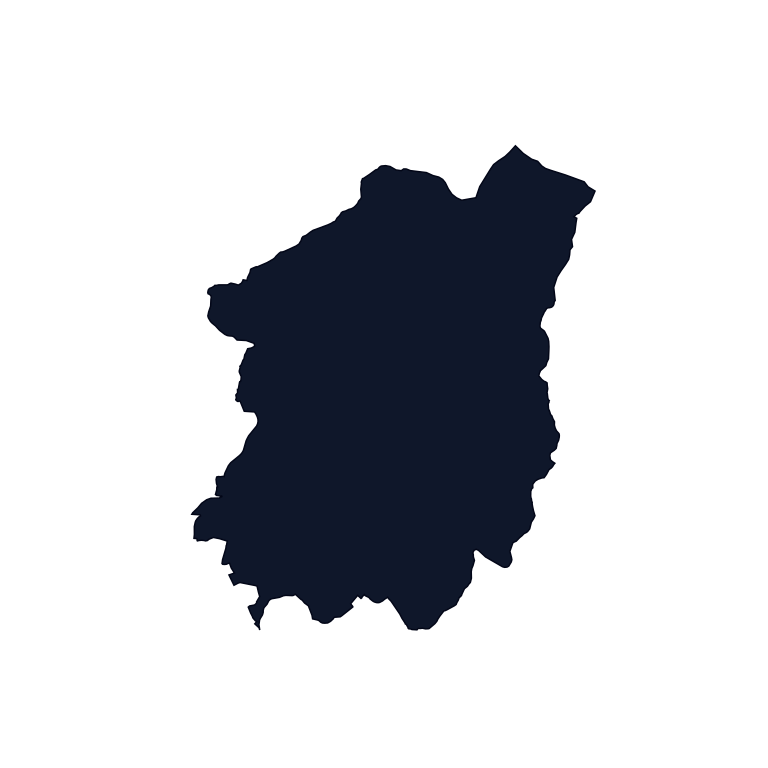 Sarmas, Harghita, Romania (Equal Earth projection), rotated 30°
{"feature_id": "2599482B24569606414351", "entity_name": "Sarmas", "entity_type": "district", "adm_level": 2, "iso_a3": "ROU", "parent_name": "Romania", "parent_adm1": "Harghita", "projection": "equal_earth", "projection_center": [25.467, 46.907], "detail": "fine", "context": "isolated", "style": "filled", "palette": "ink", "viewbox_px": 768, "rotation_deg": 30, "n_neighbors": 0, "source": "geoboundaries", "source_scale": "gbopen_adm2", "svg_char_len": 6170}
<svg xmlns="http://www.w3.org/2000/svg" viewBox="0 0 768 768"><g transform="rotate(30 384 384)"><path d="M399.4,659.2L396.0,654.9L394.3,650.7L394.1,649.0L394.2,645.0L394.0,643.9L393.6,642.3L392.5,640.2L391.9,637.8L392.8,633.2L392.6,629.4L392.9,628.1L394.0,626.2L400.2,621.0L402.8,617.6L404.7,616.1L410.4,613.1L411.2,612.4L412.0,611.1L412.2,610.4L419.5,612.0L421.3,612.1L424.7,613.4L429.4,613.9L437.3,620.3L439.6,623.1L444.5,621.6L446.1,621.4L448.1,621.9L450.1,621.8L452.2,620.8L454.7,619.1L456.4,616.2L457.5,612.5L457.4,611.6L457.7,610.8L462.5,607.5L463.4,605.6L468.5,592.7L468.2,592.3L465.0,591.0L466.9,580.2L471.3,581.2L471.7,580.2L471.5,578.9L472.1,577.3L472.2,576.2L473.7,576.7L477.7,576.4L479.4,577.1L482.8,577.6L484.5,577.6L486.7,577.1L488.3,576.3L489.4,575.4L491.2,572.6L492.2,569.9L493.8,566.8L495.3,567.6L498.8,568.6L509.8,573.9L512.7,575.3L516.7,577.9L521.8,580.5L522.3,581.1L523.6,581.1L526.6,582.9L527.1,583.5L528.1,583.6L529.1,582.9L530.9,582.7L535.5,580.4L535.7,578.8L535.9,578.6L537.8,577.5L539.3,576.3L542.4,575.3L544.7,573.8L545.4,573.1L547.9,566.1L548.4,563.0L548.2,560.7L548.4,557.1L549.3,550.6L550.2,549.8L551.4,548.1L555.8,540.9L556.7,538.9L556.4,536.9L556.4,534.2L555.9,531.3L556.6,529.8L556.8,528.2L556.5,526.8L556.0,521.1L557.4,517.4L557.5,515.1L558.0,512.7L556.8,508.5L553.4,502.9L552.3,500.0L551.9,496.9L550.5,491.5L547.9,489.1L546.3,486.6L545.4,486.1L545.1,483.0L546.5,481.0L549.0,480.8L558.5,483.0L578.0,483.0L580.0,482.5L581.2,481.7L582.2,480.9L583.1,479.3L583.2,474.5L582.6,472.3L581.2,470.6L576.7,466.0L575.0,457.1L575.8,455.7L577.1,454.0L578.3,449.2L579.4,446.3L580.0,443.7L581.7,441.1L582.2,439.6L582.6,436.6L580.7,430.0L580.9,426.1L580.6,422.6L576.9,419.1L574.1,416.0L572.2,413.7L571.6,412.5L569.8,410.9L569.3,410.0L568.2,409.1L567.1,407.7L564.8,403.6L564.3,400.8L564.8,399.5L563.1,396.8L563.0,395.6L563.5,392.3L565.1,389.4L567.7,386.4L569.5,385.1L569.9,381.2L569.7,375.7L570.9,373.1L571.3,371.2L571.3,369.0L571.6,367.2L568.6,367.0L566.0,366.4L563.2,362.8L562.6,360.3L564.6,356.2L565.3,353.7L564.4,350.8L563.6,349.1L563.3,345.3L562.3,342.3L561.4,340.6L560.4,339.5L556.8,338.3L554.3,336.6L552.1,334.4L550.5,331.4L547.6,329.6L545.2,327.6L543.6,327.2L540.5,324.4L539.0,323.4L536.1,319.1L536.0,317.5L535.5,316.5L535.5,315.8L534.2,315.4L533.0,314.4L530.2,310.6L529.3,309.9L529.4,309.6L528.2,306.3L525.8,303.2L524.7,301.5L523.0,301.3L521.2,301.6L518.3,301.2L513.9,299.5L513.1,296.6L513.0,295.1L512.7,294.7L515.0,287.2L514.2,284.0L513.9,280.0L510.1,272.7L508.2,269.2L505.3,264.7L503.2,262.4L496.6,258.1L495.3,257.8L491.7,257.4L490.1,256.0L488.5,252.3L488.2,250.3L487.4,248.1L487.0,242.7L486.8,241.7L487.0,240.5L487.1,237.4L487.4,236.7L488.1,235.9L489.3,235.1L490.5,233.9L491.1,232.8L491.4,231.3L491.2,229.8L490.3,227.7L490.5,226.1L482.7,215.5L480.4,204.8L480.7,197.1L481.4,189.7L481.6,183.7L480.2,179.4L478.0,174.8L478.6,170.8L474.1,165.0L473.4,157.2L469.4,147.7L468.1,144.1L464.9,144.2L465.5,141.4L466.4,139.7L467.4,138.6L467.5,136.7L469.2,129.3L471.7,122.9L470.3,111.4L462.1,111.2L456.3,108.8L436.4,112.3L421.9,115.5L416.1,116.6L411.7,116.3L405.7,114.3L399.5,115.5L389.3,114.7L378.7,112.0L376.9,120.4L375.1,126.4L371.6,133.4L369.2,139.2L368.8,144.7L368.2,165.2L370.5,176.7L359.4,186.0L353.7,186.5L348.0,185.7L342.2,182.9L336.4,179.0L332.5,177.5L328.0,177.4L322.2,179.0L315.0,179.7L300.2,186.0L295.9,186.6L293.5,187.9L292.3,190.6L287.4,192.6L280.5,192.6L276.2,194.1L272.8,196.5L272.1,197.4L271.5,199.1L271.5,199.9L271.1,201.3L269.7,202.8L266.6,209.9L263.5,216.1L262.7,216.9L263.3,220.5L264.2,221.6L266.5,226.9L271.0,233.4L271.3,235.0L270.6,238.2L270.9,240.8L270.3,243.9L269.5,246.3L268.1,248.6L266.3,250.3L264.3,253.3L262.1,255.5L261.4,257.0L261.5,258.3L261.3,260.6L260.4,263.8L260.5,267.3L259.0,269.2L258.0,271.2L255.8,274.3L245.8,286.3L244.3,289.2L242.3,294.1L240.1,296.9L239.9,298.9L240.5,301.0L240.4,305.3L238.9,308.4L231.8,318.4L230.4,320.1L228.5,321.5L227.8,323.2L226.6,327.4L226.4,329.2L225.7,331.1L222.1,337.3L215.5,346.2L214.9,346.2L214.4,346.7L211.4,350.7L211.2,351.5L212.2,354.4L212.6,359.9L213.5,362.9L209.9,364.2L210.2,365.6L210.1,368.0L208.4,371.2L205.4,371.8L201.0,373.2L200.0,374.5L199.2,376.2L191.2,380.9L189.4,382.5L188.2,383.1L188.0,384.1L186.8,386.4L185.0,388.6L184.8,390.5L185.6,392.8L186.5,393.8L188.3,393.6L190.1,394.2L191.1,395.3L191.8,397.2L194.9,403.2L196.1,409.2L197.4,413.1L198.8,414.5L202.5,416.6L205.0,417.3L209.0,417.9L214.7,419.7L221.3,420.6L224.0,420.4L225.9,419.7L228.8,418.3L230.9,418.3L234.7,419.4L243.0,415.2L251.3,413.7L253.1,416.1L251.1,419.2L248.3,421.6L248.9,426.2L248.8,428.3L250.2,432.4L250.0,433.8L250.7,438.3L250.7,440.0L250.3,440.7L251.1,441.4L252.1,445.0L252.7,446.0L256.7,449.0L258.1,452.0L258.4,453.4L257.9,454.1L258.0,454.7L260.3,461.0L260.3,461.7L259.8,462.0L261.6,464.8L261.2,467.6L263.3,470.1L263.3,471.4L264.1,472.1L265.8,472.3L266.9,471.7L267.4,470.8L268.0,470.8L276.6,477.5L285.9,472.9L288.4,474.2L290.8,475.9L292.5,477.6L293.7,479.5L294.4,481.6L294.7,484.0L293.0,494.5L292.7,496.5L292.8,499.8L293.0,502.1L295.3,511.3L295.5,512.8L295.4,514.8L295.1,516.5L294.5,518.5L290.6,528.8L290.3,530.9L290.1,532.6L290.7,540.1L291.1,542.0L291.9,544.1L291.0,544.3L288.7,546.1L286.8,547.0L285.6,548.2L286.3,550.6L288.6,553.8L291.4,556.4L290.8,556.9L292.7,560.6L292.4,560.7L293.3,563.9L294.1,563.7L294.5,564.3L299.5,562.2L299.9,562.6L298.7,564.1L298.6,565.0L291.2,569.5L288.3,572.9L285.7,578.5L284.7,584.3L282.7,591.2L282.7,592.9L290.1,589.3L290.5,589.4L291.1,590.1L290.2,591.6L289.6,593.7L289.4,596.5L289.6,597.9L291.0,602.3L295.0,609.1L296.6,612.7L298.8,611.7L300.0,612.0L300.4,613.0L300.8,613.2L302.2,611.9L304.0,610.6L306.4,609.5L307.9,609.1L309.3,607.9L310.2,605.7L313.0,602.2L318.8,600.2L326.9,598.4L327.0,599.0L328.1,602.0L328.2,603.0L329.2,605.3L332.0,616.8L333.5,620.5L334.4,620.8L336.1,620.0L337.6,618.9L339.2,616.8L339.8,616.4L343.7,619.7L349.0,622.5L345.2,626.9L354.7,633.3L357.2,629.4L358.6,627.9L373.3,622.9L375.1,622.5L379.2,626.9L382.7,630.3L382.6,631.7L382.6,636.4L383.0,636.9L383.1,637.8L382.4,640.1L378.6,643.4L378.0,645.1L383.0,649.0L386.0,650.9L387.4,652.1L391.0,653.4L392.6,653.4L392.0,656.3L397.7,657.6L399.4,659.2Z" fill="#0f172a" stroke="#020617" stroke-width="1.5"/></g></svg>